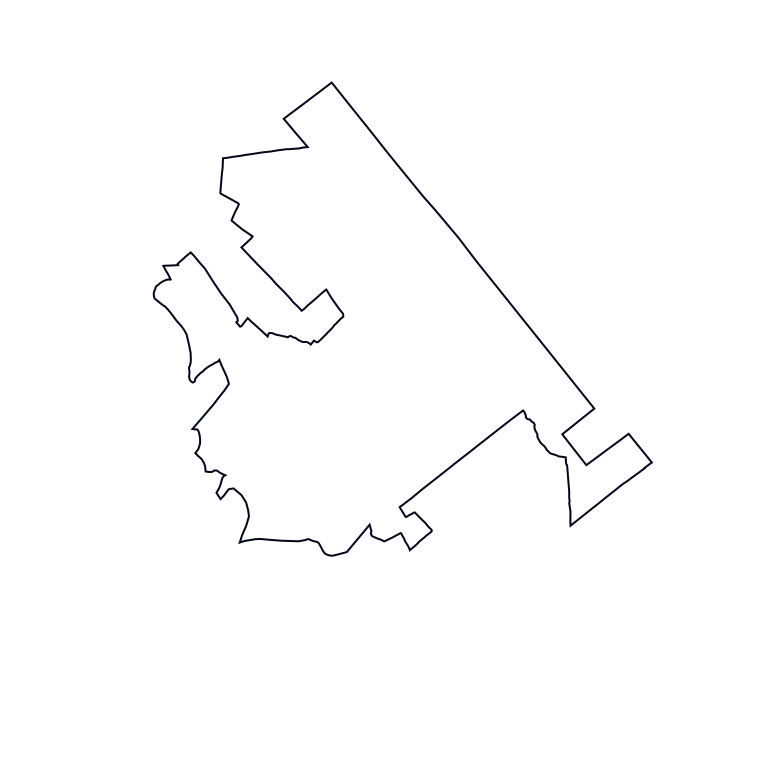 Osica De Jos, Olt, Romania, rotated 216°
{"feature_id": "2599482B95058280592658", "entity_name": "Osica De Jos", "entity_type": "district", "adm_level": 2, "iso_a3": "ROU", "parent_name": "Romania", "parent_adm1": "Olt", "projection": "natural_earth1", "projection_center": [24.282, 44.226], "detail": "fine", "context": "isolated", "style": "outline", "palette": "ink", "viewbox_px": 768, "rotation_deg": 216, "n_neighbors": 0, "source": "geoboundaries", "source_scale": "gbopen_adm2", "svg_char_len": 5758}
<svg xmlns="http://www.w3.org/2000/svg" viewBox="0 0 768 768"><g transform="rotate(216 384 384)"><path d="M603.5,597.1L611.6,570.4L616.1,555.6L618.6,547.6L621.0,539.6L606.4,536.0L585.0,530.8L588.5,527.7L590.9,524.9L595.4,521.1L598.8,518.2L601.0,516.6L604.0,513.7L608.1,509.8L612.1,505.7L618.6,499.8L623.8,494.6L627.3,491.2L630.6,488.0L634.0,484.4L637.3,481.3L641.9,476.8L644.2,474.4L646.9,472.0L646.6,471.6L645.6,470.0L641.6,464.0L637.6,456.9L635.5,453.5L632.5,448.5L630.3,444.9L628.4,442.0L615.8,443.6L608.5,444.5L607.2,444.2L606.7,442.8L606.1,439.5L605.8,436.9L605.2,434.2L604.4,430.4L603.4,426.6L598.6,426.3L589.8,425.8L577.1,426.2L577.0,423.9L578.6,415.5L579.6,410.7L555.9,406.3L552.7,405.8L540.7,403.8L536.6,403.1L529.9,401.5L524.7,400.7L520.1,400.0L510.8,398.2L505.7,396.8L498.7,395.9L494.8,395.2L493.8,394.8L492.8,397.3L491.8,403.1L490.0,410.4L489.4,412.9L488.3,418.2L487.8,420.6L486.7,424.9L486.2,426.5L477.1,422.7L469.8,420.2L464.4,418.4L458.8,416.9L457.3,415.7L456.5,414.3L457.3,411.6L458.0,406.9L458.1,405.4L458.5,403.7L458.8,402.1L458.7,400.7L458.9,398.7L459.2,395.9L459.8,392.6L460.1,389.9L460.4,388.1L460.7,386.2L461.4,381.9L462.0,379.2L462.8,378.3L464.3,378.1L466.2,377.9L466.4,372.9L468.8,373.0L470.4,372.7L471.5,372.4L473.1,371.2L474.2,370.3L475.9,369.8L477.8,369.5L479.1,369.3L479.7,369.2L482.2,369.3L483.0,369.2L483.9,368.8L484.6,368.4L485.3,368.3L486.9,368.2L487.4,368.1L487.8,367.9L488.4,367.3L489.1,365.9L489.2,365.4L489.4,365.3L489.6,365.0L489.9,364.9L490.3,364.9L491.8,364.3L493.7,363.4L497.0,362.0L499.5,360.8L502.4,359.8L503.9,359.7L506.4,358.1L507.0,357.2L506.0,354.0L514.8,355.1L522.0,355.9L528.2,356.5L533.0,357.2L533.3,349.2L533.3,347.1L534.1,345.8L539.7,347.1L539.4,349.1L541.8,351.6L552.0,356.0L555.5,357.6L564.2,360.1L568.4,361.3L581.6,366.1L590.9,369.8L597.0,372.2L604.0,373.7L613.8,376.2L617.7,376.8L619.5,369.9L619.8,368.0L620.1,366.9L621.6,359.9L620.4,359.2L625.9,354.7L630.6,351.1L631.9,349.9L626.7,347.3L623.9,346.2L618.0,343.2L618.4,342.6L619.5,342.1L620.2,341.6L620.6,341.1L621.5,339.9L622.6,338.3L623.5,336.3L624.6,333.4L624.7,332.2L625.8,329.0L625.6,328.0L625.1,326.9L624.8,325.5L623.9,322.8L623.5,321.8L621.3,319.4L620.8,319.0L619.6,318.3L615.6,318.1L609.9,317.8L606.4,318.0L602.3,317.2L595.8,315.4L589.0,313.2L582.3,311.8L577.8,310.4L572.9,308.1L568.6,304.4L564.8,301.1L562.0,298.5L558.7,295.5L554.6,290.2L553.0,287.7L551.8,284.8L551.4,282.5L548.3,279.3L545.9,275.2L543.3,273.0L540.5,272.6L539.5,272.8L539.2,273.4L538.8,274.2L538.7,274.7L538.7,275.2L539.0,275.8L539.5,276.7L539.6,277.4L539.7,278.1L539.6,280.9L539.2,283.0L539.0,284.5L538.8,285.4L538.4,286.5L538.0,287.2L537.9,287.8L537.7,289.5L537.6,290.4L537.3,291.3L536.8,293.2L535.3,297.1L534.9,297.7L534.5,298.3L534.3,298.9L533.7,300.2L533.4,301.3L533.1,301.9L532.2,303.3L531.7,304.4L531.4,305.6L531.4,306.7L526.2,303.5L514.9,297.1L509.5,292.9L509.3,284.8L509.7,276.9L509.9,267.4L511.5,246.4L511.8,243.5L512.1,240.1L512.5,235.0L510.4,236.1L508.3,237.5L506.3,236.8L503.3,234.4L500.6,231.6L497.7,227.5L496.0,222.4L495.9,217.1L491.7,216.5L487.5,216.1L483.3,214.3L480.4,212.3L476.9,208.4L474.1,209.8L471.5,211.7L470.4,214.4L468.2,215.8L465.0,215.8L461.6,216.2L458.8,216.9L459.4,215.6L459.6,213.7L458.9,211.2L457.6,207.8L456.7,205.0L456.1,202.3L455.6,197.5L448.6,194.8L447.9,199.7L447.8,207.6L444.3,211.1L433.9,210.3L425.9,207.1L419.8,202.1L415.4,197.5L412.2,188.5L410.0,178.6L407.5,170.9L404.6,175.0L396.7,183.0L393.2,185.8L385.5,190.4L375.5,196.5L360.6,206.6L356.3,211.1L354.6,213.5L353.7,214.2L350.4,214.9L348.2,215.6L345.3,217.0L343.6,216.9L341.6,216.2L335.0,213.0L332.4,212.2L330.2,212.3L327.7,213.1L325.7,214.1L324.3,215.2L320.1,220.2L315.3,226.2L312.9,261.7L308.8,258.4L307.8,257.7L307.2,256.4L306.7,255.2L305.7,254.7L304.7,254.1L303.8,254.0L299.9,254.8L295.6,256.0L294.4,256.5L292.5,256.5L291.6,256.7L291.0,257.2L289.0,261.0L287.2,264.3L285.1,268.7L284.0,270.8L283.0,273.0L282.5,273.3L281.8,273.1L280.1,272.1L278.7,271.5L277.3,270.9L275.6,269.9L274.7,269.3L273.4,268.7L271.9,268.1L270.5,267.6L269.1,267.0L267.7,266.2L266.2,265.4L265.4,264.8L265.2,266.1L265.0,266.7L264.4,268.8L263.8,270.9L263.6,272.1L263.0,275.1L262.9,277.0L262.5,278.6L261.8,281.3L261.1,283.9L260.8,285.7L260.2,287.7L259.2,291.0L258.9,292.6L259.0,293.3L259.8,293.9L261.1,294.2L263.6,294.5L269.6,296.0L274.7,296.7L278.9,297.4L281.6,297.8L283.3,298.2L284.0,297.9L284.7,296.3L285.8,294.0L286.7,292.3L287.2,290.8L287.7,289.8L288.1,289.3L288.8,289.3L299.0,293.6L297.6,297.7L295.7,304.2L294.6,307.7L293.1,313.8L291.3,320.8L290.4,324.1L285.9,339.8L281.8,354.3L280.0,361.0L278.0,368.1L274.8,378.9L271.8,389.8L268.8,400.2L267.4,405.3L259.9,431.3L255.9,444.3L254.4,444.1L252.6,443.0L251.3,442.3L250.1,441.1L249.3,440.3L248.1,440.0L246.7,440.2L245.8,440.6L245.3,441.1L244.1,440.8L242.6,440.4L241.7,440.5L240.1,440.5L238.8,440.1L238.0,439.5L237.4,438.1L236.0,436.6L234.6,435.5L232.7,434.6L230.7,433.7L229.8,432.9L229.3,431.8L228.0,430.9L226.3,430.1L224.7,429.3L223.2,428.6L222.0,428.4L219.9,428.1L217.7,427.9L215.8,427.4L213.8,426.4L211.5,426.1L208.9,425.6L206.1,426.5L203.2,427.5L199.7,428.3L197.3,429.7L193.8,431.5L191.3,428.2L189.5,426.3L188.1,425.9L183.3,420.3L179.0,415.2L171.4,406.4L169.1,403.3L167.4,400.9L164.9,398.2L164.2,396.6L163.3,395.6L159.7,392.0L157.6,389.7L156.2,387.6L154.2,384.7L151.7,381.4L149.8,379.0L142.3,406.1L140.3,413.1L137.1,425.0L135.8,429.6L131.9,443.8L130.5,447.3L128.0,455.2L125.6,462.6L124.3,466.8L123.6,468.8L123.5,469.3L123.8,469.4L121.6,476.7L121.1,477.9L129.2,480.1L156.8,487.5L160.1,476.8L163.2,467.1L172.6,437.3L207.8,447.4L210.2,448.2L199.4,487.7L275.4,508.6L382.0,537.8L409.7,546.1L443.5,554.5L450.1,556.0L457.3,557.6L463.0,558.9L496.4,567.7L517.0,573.2L549.8,582.4L557.3,584.4L592.3,594.0L603.5,597.1Z" fill="none" stroke="#020617" stroke-width="2"/></g></svg>